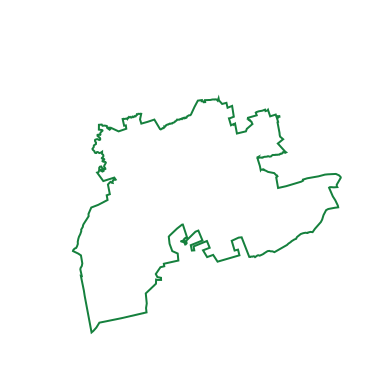 the district of Almoloya de Juárez, México, Mexico, rotated 249°
{"feature_id": "50627088B78235087084668", "entity_name": "Almoloya de Juárez", "entity_type": "district", "adm_level": 2, "iso_a3": "MEX", "parent_name": "Mexico", "parent_adm1": "México", "projection": "robinson", "projection_center": [-99.803, 19.397], "detail": "fine", "context": "isolated", "style": "outline", "palette": "green", "viewbox_px": 384, "rotation_deg": 249, "n_neighbors": 0, "source": "geoboundaries", "source_scale": "gbopen_adm2", "svg_char_len": 6102}
<svg xmlns="http://www.w3.org/2000/svg" viewBox="0 0 384 384"><g transform="rotate(249 192 192)"><path d="M265.0,115.5L263.6,115.4L262.8,116.2L262.7,116.6L263.3,117.5L263.3,117.8L262.9,118.5L261.8,119.2L261.5,119.6L261.4,120.9L261.8,122.5L259.8,121.7L258.5,122.4L257.3,122.2L256.5,121.3L256.2,120.2L255.9,119.9L255.5,120.0L255.0,120.5L254.5,121.6L254.0,121.8L253.6,121.4L253.2,119.8L252.9,119.5L252.1,120.0L251.2,121.8L250.4,122.1L249.8,121.7L248.3,119.8L247.4,119.1L246.6,119.1L245.4,119.5L244.6,119.4L244.5,118.8L245.3,117.7L245.4,116.9L248.4,116.4L248.6,115.1L247.9,114.1L246.5,113.5L245.8,114.1L244.4,117.0L243.7,117.2L243.3,117.0L243.2,115.7L244.3,114.8L245.3,113.5L245.1,112.7L244.1,111.9L244.0,111.4L244.1,110.4L234.0,113.1L233.3,124.6L230.9,125.2L230.9,124.6L231.4,124.4L231.6,123.7L231.0,122.2L230.2,121.8L229.4,121.1L229.0,121.1L229.5,120.3L230.6,119.8L230.4,118.7L229.1,116.2L219.4,114.5L219.5,111.2L214.8,110.3L213.6,99.7L213.6,92.4L208.6,87.5L206.4,86.8L200.9,79.3L199.9,78.3L198.6,77.6L196.6,75.1L195.1,74.6L192.6,72.5L190.8,70.5L189.0,69.1L186.5,67.5L184.4,66.8L182.4,65.1L181.3,63.8L181.3,62.6L180.8,61.1L180.2,60.2L179.5,59.7L175.3,63.7L172.6,65.6L164.6,64.0L162.4,62.6L160.9,60.7L159.7,60.0L153.1,59.0L153.6,58.2L138.6,55.7L133.6,54.6L96.9,47.9L97.6,50.0L99.7,54.1L103.2,58.7L99.5,80.7L95.9,106.4L100.1,107.5L104.1,109.8L113.9,112.5L119.3,125.5L123.1,127.1L122.3,128.3L121.0,131.6L123.0,132.3L125.0,129.2L128.4,128.8L133.1,135.6L132.6,139.5L135.1,140.0L132.9,154.7L139.7,156.6L143.9,152.4L151.7,152.5L158.6,154.3L159.4,155.7L163.2,164.9L165.1,171.0L164.9,171.8L151.2,171.1L151.2,170.5L151.5,170.3L151.3,169.9L151.5,169.6L151.1,168.1L150.6,167.6L150.2,167.7L150.0,167.3L150.1,166.6L149.8,165.9L149.6,166.0L150.0,164.5L149.9,164.2L149.7,164.2L147.6,167.0L147.2,167.2L146.7,166.8L146.2,167.1L145.5,166.8L145.3,167.2L146.0,168.6L147.3,168.9L148.3,168.5L153.7,181.0L153.7,184.1L143.0,184.4L142.8,171.8L137.4,170.9L136.7,173.2L140.6,174.0L140.9,188.2L140.6,188.2L140.6,188.4L133.6,188.5L133.6,181.4L125.8,182.8L125.7,189.2L117.8,190.9L115.9,213.6L121.7,214.3L122.1,210.8L132.2,211.6L132.7,219.2L131.9,222.1L110.9,222.2L110.4,223.3L110.6,223.9L109.9,225.5L110.0,226.2L109.5,227.1L108.6,227.5L109.3,230.3L109.2,231.2L108.3,232.4L108.4,234.6L108.6,236.7L108.8,236.9L109.7,241.3L109.3,243.1L108.4,244.2L107.8,245.8L106.3,247.4L108.5,261.7L109.3,263.6L109.9,266.3L110.3,267.0L111.0,270.6L111.0,272.5L111.9,273.3L112.4,274.1L113.8,278.5L113.7,281.1L113.3,283.4L112.4,284.9L112.3,285.3L112.6,285.6L112.3,288.3L111.3,290.2L113.6,293.6L117.8,301.6L119.7,303.7L123.3,306.5L127.0,310.7L127.3,313.1L126.1,319.7L125.3,323.0L127.0,323.3L133.0,322.8L137.4,321.9L146.9,321.5L147.1,322.2L146.8,323.4L145.5,326.1L144.5,329.4L145.5,329.3L146.9,329.7L152.0,336.0L152.9,336.1L154.9,335.2L157.3,332.8L159.8,325.2L160.6,322.3L161.3,315.7L163.5,304.5L163.8,300.0L162.8,299.8L162.5,297.7L163.7,281.9L164.9,273.8L175.2,275.8L175.1,276.1L176.0,276.8L176.1,277.4L177.1,277.2L177.4,276.7L180.2,275.5L183.5,270.2L185.6,268.4L186.5,267.3L186.9,267.4L187.6,266.7L187.2,266.4L188.2,264.4L187.9,264.0L192.0,264.7L198.4,265.1L200.9,265.5L201.0,266.4L200.7,266.0L200.6,266.4L200.0,266.8L199.6,268.6L199.2,268.9L199.1,269.9L198.9,269.9L198.7,270.3L199.0,270.9L198.8,272.8L198.5,273.3L198.1,275.2L198.2,275.8L197.2,277.1L197.1,277.6L196.9,278.4L197.6,280.2L197.6,280.8L197.0,282.2L196.9,283.0L196.7,283.2L196.7,283.9L196.2,284.6L196.1,285.7L195.6,286.8L196.0,288.0L195.8,288.1L195.9,288.8L195.6,289.4L195.8,290.3L196.3,290.7L196.2,290.9L196.5,291.4L195.5,293.0L195.2,293.1L195.3,294.1L196.2,293.5L206.5,289.5L208.6,296.0L212.1,294.1L213.8,294.3L215.9,294.9L226.4,296.8L226.5,297.5L230.7,297.8L230.6,298.9L231.1,299.0L230.9,300.6L231.5,300.7L231.6,299.2L232.1,299.2L232.3,297.8L234.3,297.9L234.6,292.1L241.5,292.4L241.1,291.8L241.2,289.6L242.7,289.7L242.7,286.8L243.4,283.3L243.5,281.0L243.3,280.0L240.4,279.9L241.2,271.1L240.8,271.1L240.8,270.6L240.5,270.4L240.4,270.7L239.0,270.7L238.4,271.5L238.4,271.8L237.6,272.1L237.5,271.8L235.8,272.8L234.9,272.6L233.8,272.8L231.3,265.8L229.3,264.1L230.5,254.9L240.4,256.7L239.9,255.2L240.5,255.2L240.3,252.3L247.5,252.9L247.3,253.8L247.3,258.0L258.0,260.3L257.9,255.4L262.9,256.1L263.4,251.7L267.9,250.0L268.2,249.5L268.8,250.2L270.0,250.4L268.0,248.7L269.5,248.1L270.0,247.4L270.1,246.4L270.4,246.1L271.1,244.0L271.3,242.3L273.1,237.0L271.2,236.5L271.6,235.2L272.4,235.4L273.2,233.6L274.3,234.1L275.2,230.2L270.6,224.9L264.6,218.7L264.3,217.7L264.7,216.6L264.5,215.6L264.3,214.5L264.0,214.3L263.7,213.6L263.4,213.5L263.3,212.9L263.4,211.9L264.0,212.0L264.1,211.5L264.2,210.8L263.8,210.5L264.2,209.6L263.9,209.5L263.6,208.7L264.1,208.3L264.3,207.1L264.1,206.9L264.1,205.8L264.7,204.7L264.6,204.1L264.8,203.9L264.4,203.5L264.4,203.1L264.0,202.3L263.9,201.2L263.5,200.9L263.3,199.5L263.5,198.5L263.1,197.9L263.3,197.6L263.5,195.9L263.8,195.8L263.8,194.9L263.5,194.2L263.6,193.4L263.8,193.3L263.7,191.9L263.4,191.6L263.3,191.0L262.9,190.8L262.4,189.6L262.8,189.4L262.3,189.1L261.8,188.4L262.0,188.0L261.9,187.5L262.1,187.4L261.6,185.3L262.2,184.7L273.1,182.8L273.4,175.8L274.0,169.2L278.4,169.5L283.2,172.6L283.5,172.1L283.5,171.5L284.3,169.8L283.8,168.7L284.2,168.3L283.7,168.0L283.3,167.0L282.8,166.5L283.0,165.5L283.3,165.4L283.0,164.7L283.3,164.2L283.1,164.0L283.7,163.4L283.2,162.7L283.2,162.1L283.6,161.8L283.6,161.5L284.2,161.2L284.1,160.6L284.4,160.0L284.2,159.6L284.5,159.6L284.0,158.4L284.0,158.0L283.7,158.1L283.4,157.8L283.8,157.7L283.7,157.3L284.1,156.7L284.5,154.8L284.9,154.3L285.0,153.4L278.2,152.4L277.9,154.1L274.6,153.3L274.9,145.2L281.1,139.2L282.2,136.6L280.7,137.3L279.9,137.9L279.7,137.4L282.2,135.8L284.2,136.1L285.3,134.3L285.9,132.2L287.3,131.9L288.1,129.2L283.6,127.4L282.2,130.1L281.6,130.5L281.3,130.4L280.3,128.0L279.5,127.3L278.4,127.1L278.2,126.7L278.9,125.7L279.2,124.7L279.1,124.2L278.2,123.9L275.6,125.4L274.6,125.4L273.8,125.0L273.8,124.0L275.1,122.8L275.4,122.1L275.5,120.5L275.2,120.0L273.8,119.7L272.7,120.1L271.2,119.5L270.7,117.2L270.4,116.9L269.2,116.4L267.9,114.5L267.1,114.5L265.0,115.5Z" fill="none" stroke="#15803d" stroke-width="2"/></g></svg>